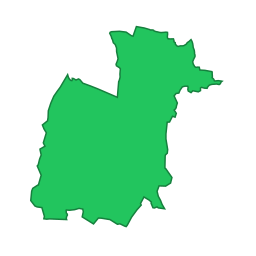 Dutsin Ma, Katsina, Nigeria, rotated 188°
{"feature_id": "59680162B60516342630503", "entity_name": "Dutsin Ma", "entity_type": "district", "adm_level": 2, "iso_a3": "NGA", "parent_name": "Nigeria", "parent_adm1": "Katsina", "projection": "natural_earth1", "projection_center": [7.474, 12.411], "detail": "fine", "context": "isolated", "style": "filled", "palette": "green", "viewbox_px": 256, "rotation_deg": 188, "n_neighbors": 0, "source": "geoboundaries", "source_scale": "gbopen_adm2", "svg_char_len": 2864}
<svg xmlns="http://www.w3.org/2000/svg" viewBox="0 0 256 256"><g transform="rotate(188 128 128)"><path d="M195.2,172.4L200.8,158.9L203.2,154.5L205.9,149.1L207.9,141.8L209.3,134.0L208.6,127.1L208.7,123.9L213.2,119.1L211.0,115.3L208.2,111.9L209.8,101.5L207.7,98.4L212.2,94.9L212.0,94.0L210.2,89.2L211.2,84.9L211.7,79.9L212.0,78.6L212.6,77.8L207.4,69.2L208.8,59.1L209.3,59.0L213.9,55.0L214.0,54.7L214.6,52.1L214.2,42.6L209.3,37.8L207.0,37.2L202.2,37.2L198.5,28.9L198.7,26.4L195.9,26.4L193.0,27.1L188.9,27.5L176.0,28.8L176.6,30.0L176.4,32.0L175.9,33.2L176.1,34.2L177.3,35.3L177.8,37.8L177.7,38.2L174.6,38.4L169.5,39.7L165.3,41.6L161.5,41.4L160.6,38.8L161.0,33.6L148.8,28.2L144.8,34.7L141.9,35.0L133.1,34.8L125.1,31.2L122.6,32.0L117.7,30.4L116.1,30.1L115.8,30.6L115.1,31.9L112.0,40.3L107.7,48.3L104.2,53.5L105.1,55.0L102.6,61.9L97.1,59.6L94.7,58.0L94.6,56.6L92.2,52.5L90.7,52.5L88.3,53.9L86.9,53.1L80.5,53.1L83.7,57.2L85.7,60.8L88.5,64.6L90.4,69.4L89.2,75.0L82.6,75.7L82.4,75.9L78.2,79.4L77.6,85.1L85.1,93.1L85.9,93.5L87.3,105.4L87.1,106.7L85.6,108.5L85.7,112.1L88.9,122.4L89.6,127.4L90.0,139.2L87.7,139.7L85.6,145.8L82.9,145.3L82.2,149.2L84.8,152.2L83.5,153.7L83.1,155.3L83.1,156.6L82.6,159.6L86.8,166.2L85.2,168.9L83.4,169.4L82.5,169.7L81.7,172.8L79.9,176.3L77.5,177.3L74.7,177.7L74.1,176.5L74.1,174.5L73.5,173.0L70.5,171.8L69.0,173.9L63.4,173.6L61.4,175.1L61.8,177.7L60.9,178.5L57.9,178.1L55.2,178.3L54.7,180.0L53.4,181.8L51.0,182.9L48.1,183.5L46.4,183.9L45.2,183.8L43.8,183.7L42.8,184.6L42.5,185.5L42.2,186.6L41.4,187.4L42.7,187.5L43.7,187.4L44.6,187.5L45.4,187.4L46.4,187.2L47.7,186.8L49.0,186.7L49.8,188.1L51.0,189.1L51.7,189.5L51.6,190.7L51.8,191.8L52.2,193.4L52.3,194.5L52.7,195.5L59.8,195.8L64.9,195.4L65.9,198.1L67.5,198.0L69.2,197.5L70.5,198.1L72.3,200.4L73.2,202.7L72.3,206.1L71.9,207.0L71.6,208.4L71.9,209.8L72.4,210.6L72.5,211.3L72.7,212.4L73.2,214.2L74.7,217.0L75.1,218.7L75.8,220.9L76.7,222.7L77.9,224.3L79.6,222.2L81.2,220.8L81.9,219.2L84.2,217.3L85.5,216.9L87.7,216.6L89.5,215.8L90.7,215.9L91.3,216.4L92.7,217.5L93.1,219.1L94.5,219.8L94.6,220.8L95.4,222.6L98.4,222.1L100.7,221.9L101.4,222.7L101.8,224.2L101.8,226.3L102.2,228.2L103.7,228.2L106.7,227.5L108.6,227.1L110.5,227.1L112.0,227.3L112.7,227.3L113.2,227.3L113.8,227.4L115.6,227.7L116.3,228.4L118.0,228.5L119.0,228.1L120.3,228.5L125.8,229.3L133.8,229.6L135.8,219.6L137.6,219.9L143.2,222.7L149.9,222.6L157.6,221.1L158.9,220.4L159.3,219.3L157.3,216.3L156.5,214.4L155.7,213.4L154.4,210.4L152.3,208.9L150.5,205.7L149.9,202.0L147.5,195.3L147.9,192.7L148.7,189.5L148.1,188.0L144.8,186.5L143.8,185.5L143.5,180.3L142.9,177.3L143.2,174.7L143.4,173.5L143.7,172.7L142.8,156.9L163.6,162.6L171.5,164.5L179.0,166.1L182.3,169.1L183.8,169.7L186.2,168.3L188.9,169.4L190.1,169.4L189.9,168.1L190.2,167.1L191.5,167.2L193.2,168.7L194.2,170.2L195.2,172.4Z" fill="#22c55e" stroke="#15803d" stroke-width="1.5"/></g></svg>